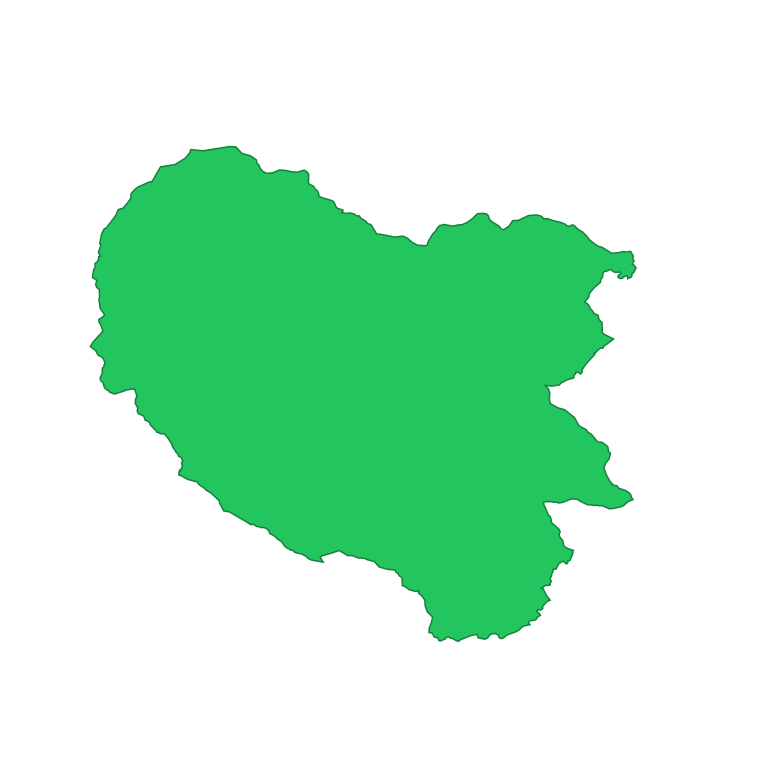 Sao Lourenco Dos Orgaos, São Salvador do Mundo, Cabo Verde (Equal Earth projection), rotated 75°
{"feature_id": "66160863B72941798312267", "entity_name": "Sao Lourenco Dos Orgaos", "entity_type": "district", "adm_level": 2, "iso_a3": "CPV", "parent_name": "Cabo Verde", "parent_adm1": "São Salvador do Mundo", "projection": "equal_earth", "projection_center": [-23.584, 15.067], "detail": "fine", "context": "isolated", "style": "filled", "palette": "green", "viewbox_px": 768, "rotation_deg": 75, "n_neighbors": 0, "source": "geoboundaries", "source_scale": "gbopen_adm2", "svg_char_len": 6170}
<svg xmlns="http://www.w3.org/2000/svg" viewBox="0 0 768 768"><g transform="rotate(75 384 384)"><path d="M345.3,121.3L344.8,117.8L343.9,116.7L341.5,115.8L340.9,113.8L337.3,110.7L336.2,110.7L333.5,112.1L332.4,113.4L330.0,110.7L326.2,111.2L325.2,110.0L319.6,111.5L319.3,115.6L318.1,118.3L317.7,124.2L316.7,130.2L308.3,138.1L306.7,141.1L304.0,143.6L298.3,148.0L292.7,150.4L288.1,153.2L285.3,156.2L280.2,159.3L279.0,161.0L279.7,164.0L278.6,166.1L276.4,167.8L274.1,170.8L270.2,177.9L266.8,183.0L265.6,187.2L264.0,187.6L262.1,189.3L260.1,193.0L258.7,201.0L260.7,211.7L259.5,217.4L263.8,222.3L265.9,228.1L265.1,230.4L261.3,232.0L254.6,238.3L252.4,239.4L248.2,239.8L246.0,241.3L244.6,244.9L243.7,249.7L247.3,256.1L249.4,261.6L250.4,267.6L249.6,270.4L249.3,276.7L245.5,284.6L245.4,289.1L247.1,292.1L249.6,294.5L251.6,298.0L258.0,304.6L260.9,306.1L261.2,307.9L258.6,315.7L254.5,320.1L249.3,323.6L246.1,327.3L244.8,335.9L238.7,348.0L237.2,352.2L226.6,355.4L224.9,358.3L221.7,359.7L217.7,363.7L215.3,364.3L214.4,367.2L212.3,368.5L210.0,372.4L209.6,375.8L207.4,381.2L207.3,379.4L205.3,378.7L202.5,383.3L201.0,384.3L194.8,385.4L192.9,387.6L188.4,395.1L185.9,398.3L182.9,397.8L180.2,398.4L177.5,400.1L174.5,401.1L171.7,404.4L169.8,404.9L162.5,402.6L160.6,402.8L158.3,404.2L156.8,405.8L156.9,413.1L155.2,418.1L152.3,423.6L150.2,429.8L151.2,437.0L150.2,442.6L147.3,446.1L143.2,447.9L140.1,448.2L137.6,449.6L134.7,449.2L129.1,453.8L124.5,461.6L116.6,465.7L114.7,471.6L111.9,498.4L107.6,509.9L110.6,512.0L114.6,517.9L117.9,529.0L116.4,543.6L128.4,555.6L128.1,558.2L130.0,570.4L131.6,574.3L134.7,579.1L139.1,580.5L142.0,583.9L146.7,590.7L146.7,595.5L152.1,599.8L161.2,611.6L161.8,614.2L166.3,618.1L174.9,622.3L176.5,621.4L182.5,625.5L183.5,625.8L186.8,625.1L187.3,625.9L187.2,626.6L190.0,627.7L192.2,630.0L192.6,631.9L196.9,632.9L198.5,634.9L205.6,638.0L209.7,634.5L213.2,636.8L216.3,636.5L219.1,634.6L226.0,636.1L228.2,637.4L237.9,638.6L244.5,635.9L246.4,638.0L247.8,642.7L251.0,643.3L253.0,642.3L260.2,641.8L268.2,654.2L271.8,658.0L277.3,653.8L282.0,652.8L284.9,649.7L287.6,648.4L292.1,648.0L292.7,649.4L294.6,649.9L295.6,651.7L301.3,653.8L304.6,656.6L307.2,656.9L310.5,654.8L313.5,655.2L316.3,654.5L319.6,651.5L320.5,651.4L323.9,647.1L323.6,638.0L323.1,634.7L323.7,628.4L324.6,626.2L331.6,625.7L334.9,628.3L336.7,628.5L338.2,629.3L343.8,627.9L346.0,629.4L349.0,629.0L352.8,624.4L357.3,624.0L357.6,623.0L360.1,620.6L363.5,620.2L365.5,618.7L368.1,617.8L369.5,616.4L371.9,615.9L372.4,614.0L373.4,613.7L374.6,611.9L374.7,610.4L375.5,609.0L379.2,607.1L385.9,604.9L391.1,604.2L395.1,602.5L395.8,602.8L398.8,600.9L400.3,601.4L402.8,598.7L405.2,598.7L406.4,598.1L407.9,600.1L411.1,600.0L412.7,601.0L414.0,602.5L414.2,603.6L415.4,603.1L415.9,604.9L419.1,605.6L419.8,604.0L425.2,598.5L430.6,589.3L432.7,589.2L438.5,584.3L440.4,583.4L444.3,579.5L454.1,573.3L456.9,573.6L465.1,571.7L467.6,566.3L483.6,550.6L485.1,549.6L485.8,546.4L488.6,543.9L489.4,541.8L491.0,539.8L491.4,537.5L493.2,534.8L496.9,533.0L498.8,533.1L502.2,529.3L506.2,527.0L509.8,523.6L513.6,522.5L517.2,520.5L518.7,518.3L520.0,517.5L521.2,515.0L523.3,513.8L524.5,512.2L527.5,506.5L528.6,505.9L530.2,503.8L532.6,502.7L535.3,499.6L540.3,488.9L535.2,490.3L533.9,489.1L533.8,478.9L533.2,470.4L540.3,463.5L541.2,460.8L541.2,459.4L545.1,454.3L547.5,447.7L549.0,446.3L552.5,440.1L553.6,438.9L559.5,436.1L564.0,428.4L566.4,421.8L569.4,420.8L570.6,419.4L573.1,419.0L575.1,417.1L576.6,416.8L583.6,418.5L584.7,416.5L589.4,412.6L592.5,407.3L593.0,403.9L595.0,404.8L598.3,402.4L603.2,400.5L609.5,401.7L615.5,401.0L621.6,397.4L625.8,399.4L631.7,403.6L635.7,404.9L637.3,401.8L641.0,401.1L642.1,400.0L643.0,397.7L645.7,397.5L646.8,396.2L646.1,390.7L645.0,389.9L645.0,386.8L646.8,385.5L647.4,383.8L650.6,380.7L651.9,378.4L650.8,376.4L649.8,367.7L649.5,364.3L650.0,358.8L653.6,358.8L656.6,352.6L656.2,349.9L653.5,346.1L653.4,342.5L654.4,340.4L655.5,339.2L656.7,338.5L658.6,338.5L659.8,337.6L660.4,335.8L659.8,333.1L658.3,330.5L657.4,320.3L656.4,316.9L654.6,313.8L653.9,311.2L654.3,305.3L651.5,306.2L651.1,305.5L650.4,303.5L651.1,300.4L651.1,298.5L649.0,296.2L647.9,292.8L645.6,293.5L643.2,295.3L642.5,295.1L641.7,293.7L643.0,291.9L642.6,291.4L642.4,289.2L641.5,288.6L640.2,288.7L638.0,285.6L636.4,282.9L635.8,279.4L630.7,281.7L622.4,283.4L622.1,284.7L620.2,280.3L620.9,278.2L621.1,275.4L619.6,275.3L618.1,273.5L614.9,274.0L612.7,271.7L611.0,271.4L609.0,269.4L606.8,268.8L607.3,265.8L602.9,261.8L601.7,258.3L601.9,256.3L604.7,254.8L605.0,253.9L603.8,252.5L602.5,252.2L602.5,250.0L596.8,245.6L594.5,245.1L593.7,244.1L590.5,249.1L587.0,252.3L581.3,251.9L578.7,253.4L575.1,254.0L572.2,252.1L569.3,252.7L561.3,258.0L555.5,257.6L552.7,259.2L541.6,260.8L539.9,260.6L539.5,259.5L539.9,256.3L541.0,252.8L542.4,250.0L542.4,248.6L544.1,246.2L544.6,241.9L543.7,234.9L543.8,231.5L544.4,229.7L545.5,227.0L548.2,224.6L553.5,218.5L554.3,215.2L555.7,212.7L556.0,210.0L557.3,208.0L557.3,206.7L558.5,204.1L563.0,198.4L563.6,195.0L563.9,187.0L563.3,183.8L560.8,178.9L560.1,173.4L557.3,174.3L554.7,174.3L552.8,175.3L549.7,177.9L545.3,184.3L542.7,185.2L541.1,188.6L536.1,191.1L528.9,192.8L521.7,193.3L517.8,190.3L514.7,186.0L509.7,183.3L507.1,184.5L502.3,184.1L496.8,188.4L495.4,192.3L494.4,193.0L486.5,196.6L483.1,199.6L480.6,200.4L475.7,205.6L473.9,206.7L465.8,208.7L455.7,216.1L451.7,222.6L446.4,228.0L442.8,228.5L435.0,226.1L430.7,226.7L427.0,228.6L429.5,222.4L430.3,215.1L428.8,212.5L427.3,205.8L427.3,199.8L426.9,198.8L425.0,198.6L423.7,196.3L422.0,195.3L423.7,192.6L425.2,191.5L423.7,189.4L421.7,189.0L420.0,187.3L416.5,183.1L410.0,172.8L408.8,173.2L408.4,171.5L406.0,167.5L405.2,164.9L406.0,163.7L405.9,163.0L404.8,162.7L400.0,150.6L393.1,158.4L390.9,159.8L380.7,157.5L379.5,158.6L376.3,160.0L375.8,159.5L372.8,159.5L371.0,162.1L369.8,163.0L366.7,164.0L364.5,165.3L361.2,165.7L358.8,167.0L356.9,169.3L353.2,163.8L349.6,162.1L345.4,156.0L341.9,148.8L338.6,147.2L337.9,145.6L333.1,143.4L332.3,141.7L332.6,139.5L332.0,136.1L332.7,134.8L334.8,133.4L336.1,131.7L336.9,127.0L338.1,126.5L338.8,127.0L339.7,129.5L340.6,130.3L342.2,129.8L343.3,128.6L343.5,126.1L342.7,125.2L342.3,121.4L343.1,120.8L345.3,121.3Z" fill="#22c55e" stroke="#15803d" stroke-width="1.5"/></g></svg>